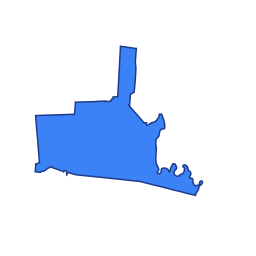 Racovita, Braila, Romania, rotated 293°
{"feature_id": "2599482B6891697866435", "entity_name": "Racovita", "entity_type": "district", "adm_level": 2, "iso_a3": "ROU", "parent_name": "Romania", "parent_adm1": "Braila", "projection": "natural_earth1", "projection_center": [27.452, 45.315], "detail": "fine", "context": "isolated", "style": "filled", "palette": "blue", "viewbox_px": 256, "rotation_deg": 293, "n_neighbors": 0, "source": "geoboundaries", "source_scale": "gbopen_adm2", "svg_char_len": 5438}
<svg xmlns="http://www.w3.org/2000/svg" viewBox="0 0 256 256"><g transform="rotate(293 128 128)"><path d="M109.2,188.4L109.6,188.4L110.0,188.5L110.9,188.1L111.4,187.5L111.7,187.0L112.0,186.8L112.3,186.6L112.9,186.1L113.2,185.1L113.1,184.3L112.8,183.7L112.3,183.2L111.4,183.0L110.7,183.3L109.8,183.2L108.9,183.0L108.1,182.9L107.3,183.0L106.6,183.2L105.3,183.5L104.5,183.5L104.0,183.4L103.8,183.0L103.9,182.6L104.2,182.2L104.8,181.9L105.1,181.6L105.4,181.1L105.6,180.4L105.7,179.7L105.8,178.9L105.7,178.1L105.5,177.5L105.2,176.8L104.7,175.9L104.2,175.4L103.7,175.0L103.2,174.9L102.8,174.9L102.1,175.0L101.7,175.3L101.2,175.5L100.4,175.6L99.7,175.6L99.2,175.4L98.7,175.1L98.2,174.6L97.9,174.1L97.8,173.6L97.9,173.1L98.1,172.5L98.4,172.3L99.6,172.5L100.4,172.7L101.0,172.7L101.5,172.6L102.0,172.4L103.2,171.4L104.8,169.6L105.5,168.7L106.6,167.9L107.6,167.1L109.1,166.3L110.8,165.5L112.1,165.0L115.4,163.8L118.9,162.7L121.9,161.2L123.3,160.3L125.0,159.4L126.0,159.0L126.8,158.7L127.6,158.6L128.6,158.5L129.4,158.5L130.1,158.7L130.6,158.9L131.3,159.2L131.8,159.4L132.4,159.5L133.0,159.5L133.9,159.3L134.7,159.1L135.6,158.9L136.3,158.7L137.0,158.7L138.1,158.6L139.1,158.9L139.9,159.2L140.4,159.9L140.7,160.6L140.9,160.9L141.1,161.2L141.4,161.4L142.1,161.7L142.7,161.6L143.5,161.3L144.9,160.8L146.1,160.2L147.8,158.9L150.0,157.2L151.7,155.7L152.1,155.3L152.5,154.9L152.8,154.6L153.1,154.2L153.4,153.9L153.5,153.7L153.7,153.4L153.9,153.1L153.2,152.8L153.2,152.1L153.1,151.6L152.9,151.5L152.6,151.4L152.1,151.6L151.5,152.0L150.7,152.1L149.7,152.0L149.3,151.9L148.8,151.8L148.2,151.7L147.5,151.6L147.0,151.5L146.4,151.3L145.9,151.2L145.6,151.0L145.2,150.8L144.8,150.5L144.4,150.3L144.0,150.0L143.6,149.6L143.2,149.1L142.8,148.7L142.5,148.2L142.2,147.8L141.8,147.5L141.3,147.2L141.0,146.9L140.4,146.4L139.9,146.1L139.6,145.9L139.0,145.6L138.6,145.2L138.3,144.9L138.1,144.7L138.0,144.4L137.9,144.1L138.1,143.9L138.2,143.6L138.5,143.4L139.0,143.2L139.7,143.2L140.1,143.1L139.1,140.7L139.2,140.4L141.1,136.6L144.8,128.9L145.2,128.0L146.9,124.6L149.1,120.0L149.8,119.8L150.1,120.5L152.9,119.4L153.0,119.4L159.9,117.1L163.4,119.6L163.7,119.6L167.8,118.3L168.0,118.2L174.0,116.3L180.0,114.2L186.0,112.0L186.1,111.9L191.6,109.0L197.6,106.9L197.8,106.8L201.2,105.7L203.1,105.0L203.7,104.8L203.8,104.8L204.5,104.6L204.0,103.1L201.3,92.8L200.4,89.5L200.3,89.1L197.3,90.2L197.1,90.3L191.1,92.5L186.3,94.2L185.2,94.6L179.2,96.8L173.0,99.0L170.1,100.1L167.2,101.2L161.2,103.3L154.8,105.6L152.7,106.4L151.5,103.5L151.3,103.3L150.7,102.1L148.8,102.8L148.0,101.5L147.9,101.5L146.7,101.8L146.4,101.7L146.0,101.8L143.5,96.8L144.0,96.7L140.3,88.8L140.1,88.8L135.7,79.3L131.2,69.5L130.6,69.8L128.5,70.5L125.8,71.4L119.7,73.5L117.9,69.4L113.0,58.9L111.4,55.4L108.9,50.1L107.3,46.5L105.8,43.4L103.4,38.1L101.6,39.0L100.8,39.4L98.4,40.6L96.8,41.5L95.5,42.1L95.3,42.3L94.2,42.8L91.0,44.6L90.4,44.8L86.9,46.7L81.6,49.6L64.0,58.7L61.3,60.0L58.7,57.0L57.7,57.6L51.5,59.7L51.8,60.3L51.9,61.1L52.2,62.5L52.6,63.4L52.9,64.6L53.6,65.0L54.2,65.4L55.5,67.4L56.0,67.9L56.6,68.2L58.6,69.4L59.7,69.9L60.2,70.6L61.2,71.7L62.5,72.3L62.1,73.2L62.0,74.9L62.0,75.8L62.3,77.6L62.4,78.0L62.4,78.8L62.2,79.6L62.4,80.1L62.5,81.3L62.4,82.7L63.0,85.3L62.9,85.5L62.6,85.7L62.4,85.9L62.5,86.0L63.2,86.0L63.9,86.3L64.6,87.3L64.5,87.6L64.0,88.2L63.7,88.5L63.2,88.8L62.6,89.1L62.0,89.4L61.2,89.8L60.9,90.0L61.1,90.1L61.4,90.0L61.7,90.0L62.4,89.7L62.8,89.6L63.3,89.5L63.4,89.8L63.5,90.1L63.6,90.5L63.8,91.8L64.3,95.8L64.3,96.5L64.4,97.1L64.7,98.6L65.4,101.0L65.5,101.4L67.1,106.5L68.7,111.6L74.8,131.3L75.2,132.8L78.7,144.1L81.0,152.0L82.6,157.1L83.6,160.3L83.8,162.3L84.4,166.0L85.9,175.5L86.2,177.5L86.3,177.8L87.2,183.6L87.6,186.1L88.6,192.8L91.7,212.7L91.8,213.4L92.4,216.4L94.3,216.1L97.0,216.6L97.4,216.6L97.6,216.7L97.8,216.8L98.8,216.8L99.9,216.8L100.1,216.8L100.3,216.7L101.0,216.4L101.6,216.3L102.1,216.3L102.5,216.5L102.8,216.6L103.5,217.0L104.0,217.3L104.8,217.6L105.6,217.9L106.3,217.9L107.2,217.8L107.7,217.5L108.0,216.8L107.9,216.0L107.3,215.5L106.8,215.2L106.2,215.1L105.6,215.2L104.8,215.5L104.1,215.6L103.6,215.5L103.0,215.1L102.3,214.3L102.0,213.9L101.5,213.3L101.4,213.0L101.3,212.6L101.3,212.1L101.4,211.8L101.6,211.3L101.8,210.9L102.1,210.4L102.6,209.8L103.0,209.5L103.1,209.3L103.4,209.1L103.6,208.9L103.9,208.8L104.0,208.7L104.5,208.5L105.0,208.3L105.5,208.1L105.8,207.9L106.1,207.7L106.4,207.4L106.5,207.2L106.6,206.9L106.6,206.7L106.6,206.2L106.5,205.8L106.4,205.5L106.2,205.0L106.1,204.8L106.1,204.5L106.1,204.3L106.2,204.1L106.5,203.9L106.9,203.9L107.2,203.8L107.6,203.8L108.1,203.8L108.6,203.9L108.9,203.9L109.3,203.9L109.7,203.9L110.2,203.8L110.7,203.6L111.2,203.3L111.5,203.1L111.8,202.7L112.1,202.3L112.3,201.8L112.4,201.0L112.5,200.7L112.6,200.3L112.9,199.9L113.3,199.4L113.7,199.1L114.1,198.8L114.6,198.8L114.9,198.6L115.3,198.0L115.6,197.5L115.9,197.1L116.2,196.1L116.3,195.9L116.3,195.6L116.3,195.1L116.3,194.8L116.0,194.2L115.7,193.7L115.2,193.5L114.7,193.4L114.1,193.5L113.7,194.0L113.5,194.6L113.5,195.0L113.2,195.5L112.7,195.9L111.9,196.1L111.2,196.3L110.4,196.5L109.5,196.6L108.9,196.6L108.2,196.3L107.5,196.1L106.8,195.7L106.6,195.5L106.4,195.2L106.2,194.9L105.9,194.6L105.7,194.4L105.3,194.2L104.7,194.0L103.9,193.5L103.3,193.2L103.0,192.7L102.8,192.1L102.8,190.9L102.8,190.5L103.0,189.5L103.3,188.9L103.7,188.5L104.2,188.1L104.9,187.8L105.8,187.6L106.9,187.6L108.0,187.9L108.6,188.1L109.2,188.4Z" fill="#3b82f6" stroke="#1e3a8a" stroke-width="1.5"/></g></svg>